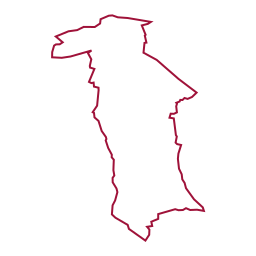 the district of Cork City South Central Lea-6, Cork, Ireland
{"feature_id": "5873133B95001946419270", "entity_name": "Cork City South Central Lea-6", "entity_type": "district", "adm_level": 2, "iso_a3": "IRL", "parent_name": "Ireland", "parent_adm1": "Cork", "projection": "mercator", "projection_center": [-8.467, 51.868], "detail": "fine", "context": "isolated", "style": "outline", "palette": "rose", "viewbox_px": 256, "rotation_deg": 0, "n_neighbors": 0, "source": "geoboundaries", "source_scale": "gbopen_adm2", "svg_char_len": 1383}
<svg xmlns="http://www.w3.org/2000/svg" viewBox="0 0 256 256"><path d="M203.9,210.9L202.8,207.4L194.0,199.3L186.0,188.2L184.6,182.9L182.3,179.4L181.7,174.3L179.0,168.7L177.9,158.8L178.4,153.6L181.1,145.0L177.1,144.1L175.6,142.6L176.8,136.5L175.9,135.1L173.8,118.4L169.5,117.7L170.7,113.7L173.9,113.8L176.9,112.4L176.2,106.3L177.0,103.7L176.3,102.8L179.6,101.5L180.3,99.9L182.5,100.0L184.5,98.0L187.6,98.9L192.0,97.0L196.6,92.6L178.5,78.9L156.7,59.9L143.5,52.7L144.5,42.9L146.4,42.6L144.8,35.6L145.6,34.8L141.8,25.4L147.8,23.9L150.9,21.9L127.6,18.0L117.8,17.3L112.4,15.4L108.8,15.7L100.6,19.2L100.1,23.5L94.8,27.0L83.7,26.9L77.2,30.1L68.5,31.3L55.8,36.5L62.7,42.3L59.7,44.3L56.0,44.4L54.1,45.6L52.2,52.1L52.1,57.3L61.8,57.8L70.5,56.5L91.5,50.5L87.9,53.0L91.3,59.3L89.8,66.0L90.1,67.6L94.4,68.9L89.0,81.9L91.4,83.1L93.6,82.6L94.0,86.6L98.5,87.7L98.6,90.2L97.1,105.7L92.7,112.2L94.0,112.9L94.5,117.4L98.5,120.9L101.7,131.0L105.9,137.0L106.4,139.0L105.7,140.4L108.2,148.0L111.8,154.7L111.7,157.3L113.8,159.7L113.4,170.2L114.3,175.5L112.6,177.9L112.7,182.3L116.5,188.5L117.4,192.1L115.1,200.5L112.6,205.3L111.9,214.4L115.4,217.7L127.7,224.9L128.9,228.9L145.4,240.6L149.2,234.8L149.4,229.6L147.1,226.8L152.2,226.0L151.3,221.7L158.2,218.9L158.2,214.1L175.2,209.2L178.5,210.2L182.9,210.0L186.0,208.2L190.2,210.0L197.0,209.7L203.9,210.9Z" fill="none" stroke="#9f1239" stroke-width="2"/></svg>